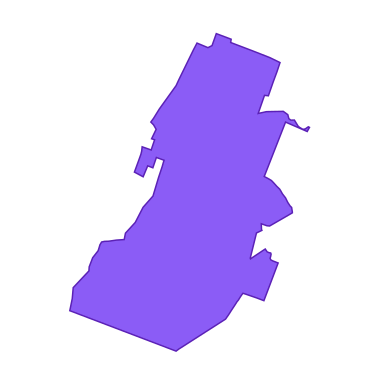 outline of San Juan Chilateca, Oaxaca, Mexico, rotated 95°
{"feature_id": "50627088B51184351888865", "entity_name": "San Juan Chilateca", "entity_type": "district", "adm_level": 2, "iso_a3": "MEX", "parent_name": "Mexico", "parent_adm1": "Oaxaca", "projection": "orthographic", "projection_center": [-96.673, 16.828], "detail": "fine", "context": "isolated", "style": "filled", "palette": "violet", "viewbox_px": 384, "rotation_deg": 95, "n_neighbors": 0, "source": "geoboundaries", "source_scale": "gbopen_adm2", "svg_char_len": 1878}
<svg xmlns="http://www.w3.org/2000/svg" viewBox="0 0 384 384"><g transform="rotate(95 192 192)"><path d="M121.7,82.5L117.4,80.6L116.9,81.8L119.3,84.7L119.9,87.0L118.3,90.4L117.2,92.0L111.4,96.3L111.8,99.8L110.5,101.9L106.6,103.3L103.7,108.1L104.1,111.7L104.4,114.7L105.5,124.9L108.0,132.9L89.4,128.2L89.5,124.3L74.9,120.6L64.7,117.8L55.4,115.6L51.4,126.0L46.0,144.3L39.7,166.5L36.4,166.3L32.1,181.6L44.4,184.8L46.8,188.7L43.2,200.0L50.1,202.9L81.0,214.8L87.4,217.1L112.0,231.7L121.9,236.7L125.9,239.1L128.5,236.1L132.7,233.2L142.5,236.9L143.2,233.8L150.6,235.6L153.7,236.3L151.3,245.6L155.7,245.7L158.3,246.1L158.9,246.2L164.6,247.7L177.2,251.1L181.1,242.0L169.8,238.4L171.3,233.1L160.7,230.5L162.8,222.6L165.5,223.2L169.2,223.9L180.5,226.6L199.4,230.5L211.5,239.4L227.3,245.9L238.8,254.7L245.3,255.4L246.5,263.1L248.3,270.8L248.8,274.9L249.7,277.7L252.6,279.1L255.1,279.6L258.7,280.4L266.1,285.2L275.5,287.9L279.6,287.8L297.6,302.0L308.7,302.0L320.9,303.4L351.9,194.0L349.5,191.3L315.7,147.5L311.0,144.8L306.4,142.4L300.5,139.2L297.4,137.6L296.1,136.7L295.5,136.3L293.5,135.3L293.1,135.1L292.5,134.8L290.5,133.7L288.5,132.5L288.7,131.1L288.8,130.9L289.0,129.9L291.9,118.3L294.0,110.9L292.6,110.5L255.2,100.0L253.5,105.8L252.7,107.6L251.6,108.2L251.2,108.4L249.2,108.0L247.0,107.8L245.9,108.3L245.7,110.0L245.1,111.9L242.4,114.1L253.5,127.9L252.8,128.2L227.2,124.2L225.6,121.5L224.3,119.3L224.1,119.0L223.2,119.5L217.6,120.2L219.1,114.4L219.1,114.2L219.1,113.0L219.1,111.7L204.0,90.2L203.1,90.3L198.7,91.4L197.3,93.1L194.0,95.7L189.7,98.3L185.9,101.8L183.1,103.7L181.5,104.9L178.9,108.1L175.6,111.6L173.6,113.9L172.6,116.0L172.4,116.3L172.3,116.6L172.2,117.0L172.0,117.3L171.8,117.7L171.6,118.1L171.5,118.4L171.3,119.0L171.1,119.4L171.0,119.7L170.8,120.1L170.6,120.6L170.5,120.9L170.3,121.4L114.2,104.9L121.7,82.5Z" fill="#8b5cf6" stroke="#5b21b6" stroke-width="1.5"/></g></svg>